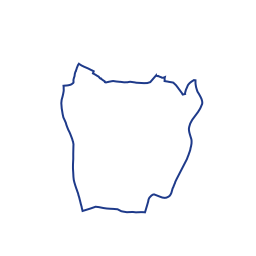 Ba Tri, Bến Tre, Vietnam (orthographic projection), rotated 58°
{"feature_id": "81297802B69586170313052", "entity_name": "Ba Tri", "entity_type": "district", "adm_level": 2, "iso_a3": "VNM", "parent_name": "Vietnam", "parent_adm1": "Bến Tre", "projection": "orthographic", "projection_center": [106.572, 10.071], "detail": "fine", "context": "isolated", "style": "outline", "palette": "blue", "viewbox_px": 256, "rotation_deg": 58, "n_neighbors": 0, "source": "geoboundaries", "source_scale": "gbopen_adm2", "svg_char_len": 4306}
<svg xmlns="http://www.w3.org/2000/svg" viewBox="0 0 256 256"><g transform="rotate(58 128 128)"><path d="M208.5,158.3L208.2,157.9L203.8,152.9L201.0,149.8L200.4,149.3L199.4,148.3L198.4,146.7L197.7,143.9L197.7,142.9L197.7,142.2L198.1,141.1L200.2,139.5L203.3,137.2L205.1,135.8L205.8,135.0L206.7,133.9L207.3,132.6L207.4,132.4L207.7,130.2L207.6,128.7L207.0,127.2L206.0,125.6L203.0,122.3L202.6,121.7L202.2,121.0L201.7,120.3L201.1,119.6L200.6,118.8L200.1,118.2L199.7,117.5L198.9,116.6L198.7,116.4L197.0,113.7L185.7,94.7L185.5,94.4L184.1,92.6L182.8,90.8L181.7,89.5L181.1,88.7L179.7,87.0L178.0,85.4L176.8,84.1L176.3,83.7L175.0,82.5L174.0,81.8L172.6,80.9L171.3,80.3L170.3,80.0L168.7,79.6L165.8,78.8L163.9,78.2L162.5,77.6L161.5,77.1L160.7,76.6L159.4,75.4L158.0,73.8L157.3,73.0L156.8,72.2L156.1,71.0L155.6,70.1L155.0,69.0L154.1,66.7L153.9,66.2L151.4,59.8L150.9,58.9L150.2,57.4L149.6,56.3L148.6,54.8L147.8,53.7L147.0,52.5L146.1,51.7L144.5,50.9L142.4,50.3L140.1,50.0L136.9,49.8L134.0,49.8L131.5,49.2L129.4,48.6L127.7,47.9L126.3,47.3L124.9,46.5L123.3,45.5L122.5,46.5L122.3,46.7L122.3,47.6L122.3,48.8L122.4,50.7L122.6,52.0L122.9,53.0L123.1,53.7L123.5,54.6L125.0,56.7L125.8,57.9L126.2,58.5L126.7,59.1L127.4,59.8L127.6,60.1L128.2,60.7L128.9,61.3L129.1,61.5L129.4,61.6L129.3,61.9L129.2,62.2L129.1,62.5L128.9,63.0L128.8,63.3L128.8,63.5L128.7,63.6L128.7,63.8L128.4,63.9L128.0,63.9L127.5,63.8L126.9,63.8L126.5,63.8L126.4,63.8L126.1,63.9L125.6,63.9L124.7,64.0L124.3,64.0L123.0,64.1L122.2,64.2L120.4,64.3L118.4,64.5L117.3,64.6L117.2,64.6L114.5,65.3L113.8,65.5L113.6,65.5L113.3,65.8L112.4,66.7L112.1,67.1L111.1,68.2L110.6,68.8L109.8,69.6L109.1,70.4L107.6,72.1L106.9,71.6L106.0,71.1L105.4,70.7L105.1,70.6L104.7,70.1L104.5,69.9L104.4,69.8L104.3,70.5L104.2,70.8L104.0,71.5L103.6,72.2L103.4,72.5L103.1,72.7L102.6,72.9L102.1,73.4L101.5,73.8L100.7,74.4L100.2,74.6L99.8,74.9L99.8,75.1L99.7,75.4L99.3,75.7L99.0,76.0L98.8,76.3L98.7,76.6L98.3,76.4L100.4,83.2L100.9,84.8L100.1,87.8L99.6,88.7L98.2,91.0L93.9,97.1L93.0,98.0L89.9,101.7L89.1,103.7L88.8,104.5L88.2,105.4L87.4,106.8L87.0,107.3L86.8,107.6L85.7,108.9L84.5,110.4L84.3,110.8L83.7,111.5L82.5,113.1L80.2,115.8L80.1,116.2L79.8,116.8L79.4,117.8L79.2,118.4L78.9,119.1L78.7,119.5L78.6,120.0L78.3,120.8L78.1,121.3L78.0,121.6L77.9,122.0L77.7,122.5L77.3,123.0L77.0,123.2L76.8,123.3L76.6,123.2L76.4,123.1L76.2,123.0L75.5,123.3L74.2,123.9L73.7,124.1L72.3,124.6L71.7,124.7L71.7,124.9L71.7,125.0L71.4,125.2L71.2,125.2L70.8,125.4L69.8,125.6L69.7,125.6L69.2,125.6L68.9,125.7L68.8,125.8L68.2,126.0L67.6,126.4L67.2,126.6L66.8,126.8L65.7,127.3L64.8,127.8L64.4,128.0L63.6,128.5L63.3,128.7L63.1,128.8L62.8,128.4L62.3,127.7L61.8,127.1L61.7,127.0L59.9,128.1L58.7,128.9L58.4,129.1L58.1,129.2L57.7,129.5L56.8,130.0L55.6,130.8L55.2,131.1L54.6,131.5L52.3,133.1L51.9,133.3L50.5,134.2L49.9,134.5L48.9,135.0L48.4,135.2L48.1,135.4L47.5,135.6L47.9,136.5L48.1,137.0L49.0,138.2L49.9,139.5L50.9,140.6L51.8,141.8L52.0,141.9L52.0,142.0L52.5,142.8L52.9,143.3L53.9,144.4L54.5,144.9L55.5,145.7L56.0,146.2L56.6,147.0L57.9,148.4L58.8,149.1L59.9,149.7L60.4,150.0L60.6,150.3L60.8,150.6L60.8,151.0L61.0,152.8L60.9,153.1L60.8,154.0L60.5,154.9L60.1,156.1L59.5,157.4L58.6,159.1L58.0,160.3L59.8,161.2L60.8,161.9L61.3,162.1L61.9,162.5L62.6,163.0L63.6,163.9L64.7,164.9L66.4,166.6L66.7,166.9L68.9,169.3L71.6,171.4L76.2,173.8L81.7,176.1L84.8,177.2L87.3,177.5L89.4,177.8L90.7,178.0L92.7,178.6L95.1,179.1L97.9,179.6L100.3,179.8L102.3,180.1L104.9,180.6L107.9,181.2L109.5,181.7L110.6,181.9L111.7,182.4L112.8,182.8L114.9,184.2L120.7,188.0L125.2,190.8L129.8,194.0L132.8,195.9L134.6,196.9L137.0,198.2L140.6,200.2L143.3,201.5L145.7,202.3L149.0,203.2L151.9,203.9L153.4,204.2L153.8,204.3L154.3,204.4L155.0,204.6L155.5,204.7L156.0,204.8L156.6,204.9L157.0,205.0L157.6,205.2L158.1,205.4L158.5,205.5L159.0,205.7L159.7,205.8L160.2,206.0L160.8,206.1L161.3,206.3L161.8,206.4L162.2,206.6L162.6,206.7L163.2,206.9L163.8,207.1L164.3,207.2L164.8,207.4L165.3,207.6L165.8,207.7L166.3,207.9L166.9,208.1L167.5,208.3L168.3,208.5L168.8,208.7L170.0,209.0L171.2,209.5L172.5,209.9L173.2,210.1L173.7,210.3L174.3,210.5L176.4,202.5L177.6,197.2L179.6,194.7L182.9,191.2L185.0,188.7L187.4,185.4L188.7,183.5L191.4,179.9L195.0,177.8L196.5,176.2L198.8,173.6L201.7,168.5L203.7,166.0L206.5,161.1L208.3,158.5L208.5,158.3Z" fill="none" stroke="#1e3a8a" stroke-width="2"/></g></svg>